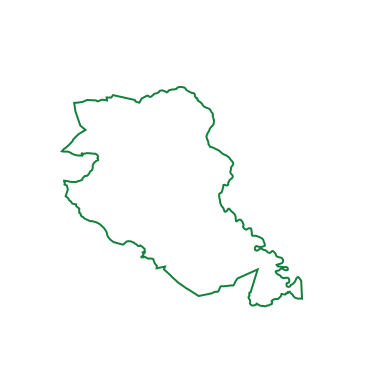 the district of Santiago Camotlán, Oaxaca, Mexico, rotated 114°
{"feature_id": "50627088B23494888304599", "entity_name": "Santiago Camotlán", "entity_type": "district", "adm_level": 2, "iso_a3": "MEX", "parent_name": "Mexico", "parent_adm1": "Oaxaca", "projection": "equal_earth", "projection_center": [-96.155, 17.545], "detail": "fine", "context": "isolated", "style": "outline", "palette": "green", "viewbox_px": 384, "rotation_deg": 114, "n_neighbors": 0, "source": "geoboundaries", "source_scale": "gbopen_adm2", "svg_char_len": 6032}
<svg xmlns="http://www.w3.org/2000/svg" viewBox="0 0 384 384"><g transform="rotate(114 192 192)"><path d="M237.0,311.5L237.0,308.9L239.4,307.0L240.4,306.4L247.3,305.7L247.6,303.9L248.3,302.2L249.2,301.3L249.6,300.4L250.0,298.6L250.6,298.0L251.1,296.8L251.2,295.4L250.4,292.9L251.1,292.6L251.9,292.1L252.3,291.0L253.0,288.2L254.7,287.7L255.9,286.9L256.9,286.5L256.9,285.7L257.1,285.0L258.4,284.2L258.5,283.6L259.2,283.1L259.2,281.2L259.8,279.9L260.0,278.7L260.0,274.6L260.1,273.0L259.5,272.3L259.3,271.5L258.6,267.3L258.8,263.8L259.1,262.4L260.8,257.6L261.6,256.3L263.0,254.2L264.4,252.8L265.7,252.0L267.0,250.6L267.9,249.1L268.9,246.7L269.7,243.2L269.3,241.9L269.4,241.1L268.2,233.8L267.7,233.2L264.0,231.7L263.2,230.8L262.7,229.9L262.4,228.8L262.0,228.1L261.9,224.3L262.3,223.8L262.4,221.5L263.1,219.8L263.2,219.2L262.9,218.3L262.4,217.7L261.9,217.6L262.0,216.5L262.4,214.7L263.3,212.1L265.1,211.3L266.0,210.5L266.7,210.6L266.7,212.1L267.2,212.5L267.9,211.3L268.2,211.0L268.7,211.3L269.5,211.2L270.0,210.6L271.6,211.9L272.2,211.6L271.6,210.2L270.5,208.5L270.5,207.2L270.7,206.0L270.6,204.5L270.1,204.0L269.4,202.3L269.0,200.7L269.1,199.9L270.6,198.9L271.4,197.9L272.3,197.1L273.6,194.2L276.1,193.3L271.1,186.3L274.1,186.2L277.0,177.3L277.6,176.3L279.5,170.3L280.3,168.1L282.4,157.4L282.6,154.9L284.3,143.6L276.6,132.8L274.7,131.3L273.7,130.1L273.2,129.3L272.8,128.1L272.4,127.8L271.0,127.5L266.8,127.5L266.4,127.3L265.6,125.8L265.3,124.8L261.3,118.0L261.2,117.5L260.4,116.1L260.0,116.0L255.6,115.9L252.4,115.2L236.0,100.5L259.8,97.7L260.3,98.4L260.9,98.6L261.9,98.0L262.9,97.9L263.4,97.3L265.2,97.6L266.4,96.4L267.2,95.0L268.9,94.0L270.2,93.8L270.7,93.2L271.2,91.7L271.3,91.0L270.9,90.0L270.2,89.3L269.9,88.5L269.2,87.8L267.7,87.6L267.7,86.8L268.0,86.1L267.9,85.5L268.1,83.8L267.8,82.2L267.1,80.5L266.9,79.2L266.4,78.2L265.0,77.0L264.3,75.6L262.7,74.6L262.3,73.9L262.0,73.6L260.9,73.6L260.4,73.8L259.4,74.9L258.7,74.8L256.5,73.3L256.1,72.7L255.4,71.1L254.6,69.8L251.0,68.4L248.8,68.8L248.5,68.4L248.5,67.5L247.6,64.9L247.2,64.8L246.3,64.9L245.8,63.8L245.3,63.3L244.4,63.7L243.4,62.1L244.2,60.8L244.5,59.3L245.0,58.2L245.5,57.8L246.1,56.4L246.6,55.1L246.7,54.2L246.2,51.5L245.7,50.4L245.2,49.7L244.7,48.1L228.6,56.2L227.4,58.2L226.8,59.5L226.5,60.3L226.8,60.9L227.4,61.2L228.7,61.5L231.9,61.5L233.9,62.1L235.2,62.7L236.9,64.0L238.3,63.9L239.3,65.0L239.6,65.8L239.6,66.6L239.4,67.2L237.4,68.4L236.8,68.4L235.3,66.7L234.8,66.7L232.9,67.2L232.0,68.2L231.5,69.0L231.4,69.6L231.6,70.2L233.7,73.8L233.3,76.1L232.5,77.1L232.4,80.1L232.2,80.8L231.6,82.3L230.9,83.1L230.3,83.2L229.3,82.2L228.5,80.8L226.5,79.9L225.5,78.9L225.2,78.2L225.2,77.4L225.4,76.8L225.5,75.2L225.3,74.3L224.4,73.0L224.0,72.9L223.6,73.0L222.6,73.6L222.2,74.7L222.2,75.3L223.4,77.9L224.1,80.0L224.4,81.5L224.8,82.3L224.9,83.8L224.1,85.0L220.8,81.3L219.8,80.6L218.3,80.6L216.9,81.2L215.9,82.8L215.8,84.0L216.4,87.0L216.3,88.2L216.1,89.1L214.9,90.1L214.0,91.3L213.1,93.7L213.2,94.5L213.7,95.0L215.6,95.7L216.1,96.2L216.3,98.1L215.3,100.9L215.7,102.7L215.6,104.8L215.8,106.5L216.2,107.0L217.2,107.3L219.1,108.6L219.3,109.6L219.3,110.6L218.9,111.1L218.2,111.6L217.3,111.8L216.0,111.7L215.1,111.1L215.0,109.2L214.3,106.9L213.3,105.4L211.8,103.9L211.1,103.7L209.5,104.7L208.2,106.2L206.9,107.2L206.5,107.8L206.0,109.0L205.7,112.0L206.1,116.1L207.3,118.8L207.1,119.7L204.0,121.3L201.4,123.1L201.4,124.2L202.1,125.4L204.2,127.0L204.4,127.8L204.3,128.6L204.0,129.9L202.9,131.4L201.5,131.3L200.7,131.8L198.7,133.8L197.6,136.3L197.8,137.1L198.2,137.8L200.7,139.2L200.7,139.8L200.2,140.3L196.7,142.2L195.1,143.8L194.0,146.4L193.6,148.5L192.8,149.7L192.3,151.1L192.2,151.5L192.5,151.9L193.3,152.3L194.6,152.3L196.3,153.2L196.6,153.7L196.4,154.5L193.7,157.1L192.8,159.3L190.5,161.7L188.1,163.1L185.7,165.0L183.2,166.2L182.5,166.3L181.9,166.0L180.5,164.9L179.4,164.9L178.3,164.9L176.8,165.3L175.1,165.4L173.3,166.1L172.8,166.1L172.3,165.5L172.0,163.2L171.5,162.4L171.1,162.1L170.4,161.9L169.1,162.6L167.0,162.6L165.5,162.4L163.3,161.2L162.2,160.9L160.9,161.2L160.4,161.7L160.0,162.3L159.5,163.9L158.9,164.6L158.1,165.2L156.1,165.5L153.5,166.3L150.1,165.6L149.1,165.9L148.1,166.9L146.4,170.6L145.8,171.3L145.1,173.1L144.7,175.6L144.7,178.6L144.4,180.2L143.4,183.4L143.1,184.9L142.9,191.3L143.4,193.9L142.4,195.0L141.8,196.2L139.7,197.5L138.0,199.0L137.9,199.5L136.5,200.5L135.9,201.1L135.2,201.5L132.3,201.7L128.7,201.2L126.9,201.5L123.8,200.6L123.5,200.3L121.1,199.9L117.8,200.9L117.1,201.4L116.4,202.3L115.7,202.6L114.4,203.8L113.8,204.1L113.0,204.1L112.4,204.6L111.6,205.5L111.1,206.8L109.1,209.4L109.0,210.3L109.2,215.3L108.0,218.1L107.5,218.4L106.6,220.6L106.1,223.9L105.4,224.5L105.0,224.5L104.9,225.4L104.6,226.1L104.1,226.1L104.0,227.4L103.4,228.1L101.6,229.2L101.4,229.8L101.1,230.2L101.1,231.2L101.6,232.4L101.3,237.3L101.1,238.6L100.4,239.6L99.7,241.2L100.1,243.6L100.7,245.3L101.5,246.6L102.4,247.7L104.2,248.2L105.2,249.5L107.0,252.7L108.7,254.6L110.4,254.9L111.2,255.5L111.0,258.0L111.2,260.1L111.8,261.5L112.5,262.4L113.2,262.8L114.0,262.8L116.0,264.2L117.7,266.5L119.1,266.9L121.3,268.0L122.2,268.8L122.1,272.1L127.1,276.0L131.8,276.4L131.9,276.6L132.3,280.3L131.2,281.7L135.6,303.5L138.6,304.2L140.4,308.5L142.9,306.9L144.3,311.9L147.6,315.0L147.4,317.1L150.7,325.4L154.2,328.6L157.0,333.0L158.5,335.9L165.6,331.4L176.8,321.0L178.6,314.5L185.0,319.0L189.5,320.9L192.6,321.9L194.0,321.8L199.2,323.6L202.9,325.3L204.8,326.5L207.7,327.4L207.2,325.4L205.8,322.3L205.5,321.2L205.5,318.3L205.8,317.6L205.8,314.7L205.1,311.1L204.2,309.3L203.6,307.3L203.3,307.0L202.5,306.9L201.9,308.3L201.4,308.2L201.5,307.2L200.2,305.0L199.4,304.2L198.2,301.2L197.2,297.9L196.3,295.8L196.7,293.5L197.8,292.1L198.7,292.3L199.4,292.2L199.9,291.3L201.2,290.8L202.6,292.2L205.6,293.4L207.2,293.6L208.8,293.3L209.7,292.7L211.1,292.3L213.1,292.4L214.8,293.5L216.5,293.4L218.6,293.9L220.1,294.7L220.8,296.3L224.2,297.6L225.5,297.3L227.2,298.9L228.4,300.5L230.0,301.9L232.2,307.2L232.8,310.6L233.7,313.4L234.6,313.0L235.1,312.0L237.0,311.5Z" fill="none" stroke="#15803d" stroke-width="2"/></g></svg>